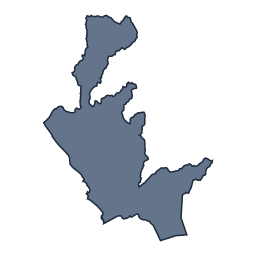 outline of Barranca, Lima, Peru
{"feature_id": "86281439B29685222960103", "entity_name": "Barranca", "entity_type": "district", "adm_level": 2, "iso_a3": "PER", "parent_name": "Peru", "parent_adm1": "Lima", "projection": "robinson", "projection_center": [-77.671, -10.626], "detail": "fine", "context": "isolated", "style": "filled", "palette": "slate", "viewbox_px": 256, "rotation_deg": 0, "n_neighbors": 0, "source": "geoboundaries", "source_scale": "gbopen_adm2", "svg_char_len": 5740}
<svg xmlns="http://www.w3.org/2000/svg" viewBox="0 0 256 256"><path d="M104.5,15.9L102.6,17.0L102.1,17.1L100.0,16.8L98.4,16.0L97.4,15.9L95.5,16.6L94.0,16.4L93.0,16.5L91.0,15.4L90.1,16.4L89.1,16.7L88.0,16.0L87.1,15.8L86.5,17.1L85.8,18.1L86.5,19.1L86.6,20.0L86.2,22.8L85.5,24.4L86.3,26.5L86.2,28.3L87.3,30.4L86.7,32.0L87.2,33.7L87.2,34.6L86.8,34.9L86.5,35.8L86.9,37.1L86.0,38.7L86.9,40.4L86.8,41.6L87.3,42.7L87.1,45.7L87.9,47.1L86.3,48.3L85.4,50.0L84.6,55.7L82.9,55.0L82.1,55.2L82.0,56.2L83.2,57.8L83.4,58.5L83.1,59.1L82.3,60.0L79.9,61.1L78.5,63.0L77.9,64.5L76.6,64.8L75.7,65.6L74.7,67.4L74.9,69.5L74.3,71.2L73.5,72.3L72.2,72.6L72.0,73.1L72.5,73.7L72.9,75.3L74.4,76.0L76.1,77.4L76.3,79.2L77.3,81.2L77.8,84.1L78.5,85.2L80.6,86.0L81.2,87.2L80.7,88.5L80.9,91.8L80.3,93.4L80.8,95.4L80.4,97.0L80.6,98.5L80.2,99.2L80.4,100.4L80.0,100.9L80.0,101.3L80.4,106.1L81.1,106.8L80.9,107.8L79.5,109.2L78.2,108.9L76.5,108.0L74.9,109.9L75.3,111.2L74.6,112.3L71.8,112.9L69.0,112.3L68.7,111.9L67.4,111.8L65.7,111.1L63.9,109.6L63.3,107.9L62.4,106.7L61.3,106.3L58.8,106.5L57.4,107.5L56.4,108.9L55.2,108.7L54.1,109.5L52.3,111.8L49.5,117.0L45.7,121.2L44.9,121.5L43.6,122.7L45.0,124.8L45.4,125.9L50.8,133.1L52.2,135.7L52.1,136.3L55.7,141.3L59.4,145.7L67.0,153.6L68.9,156.1L69.5,158.0L70.1,164.2L70.4,164.7L71.3,165.5L72.1,166.7L74.0,168.6L77.7,171.4L80.7,174.0L81.8,175.5L82.1,176.6L83.8,178.3L84.2,179.5L84.0,179.9L83.3,180.4L83.2,180.8L83.0,181.0L83.0,181.6L84.0,181.5L84.7,181.8L86.6,183.6L87.0,184.4L86.9,185.2L87.5,185.5L87.5,186.1L88.2,186.4L89.3,188.4L89.8,190.0L89.8,191.0L89.4,192.1L88.8,192.4L87.7,191.9L87.9,192.5L86.4,193.4L86.7,194.1L87.6,194.1L87.9,195.9L88.4,196.5L87.8,197.2L87.8,198.5L87.6,198.9L88.2,198.9L89.1,199.7L89.4,199.6L90.2,200.1L96.7,205.5L100.2,209.2L102.1,211.7L102.8,212.8L103.0,214.3L102.5,215.0L101.5,215.7L101.4,217.0L102.0,217.0L102.1,217.7L101.3,218.0L101.8,219.0L102.4,219.3L102.5,219.6L103.0,220.0L103.4,219.7L103.8,220.4L103.3,221.4L103.7,221.7L103.8,222.3L103.6,223.7L117.8,216.0L120.9,215.8L122.9,218.6L123.9,218.9L127.3,218.1L128.7,217.2L129.0,216.5L129.6,216.0L131.0,217.1L131.6,217.1L136.6,214.1L137.8,214.1L138.4,214.4L138.7,214.8L138.6,215.9L139.1,217.2L141.0,219.0L142.9,219.7L146.1,220.0L147.1,220.9L148.9,220.9L150.7,223.1L153.1,225.3L153.7,226.2L160.5,240.6L175.8,235.7L186.8,234.8L181.0,217.8L182.4,195.7L183.0,194.3L183.8,193.8L185.0,193.6L186.0,192.6L186.8,192.6L187.5,193.2L188.6,193.1L189.2,191.9L189.7,190.2L191.0,188.2L193.1,180.1L193.5,179.9L194.8,179.9L195.9,179.2L197.9,180.3L199.3,180.0L199.8,180.3L200.4,180.2L201.7,178.4L203.0,175.7L204.7,175.3L205.5,174.6L205.7,174.0L205.5,172.6L206.5,168.9L207.2,167.9L209.8,166.3L210.7,163.9L212.1,162.8L212.4,160.5L211.5,161.0L209.9,160.7L209.1,159.7L205.8,158.0L204.0,158.9L203.6,159.4L202.7,161.7L199.4,163.8L198.5,164.9L196.2,166.2L195.3,166.3L193.9,165.6L193.1,166.1L192.3,166.0L191.8,165.7L191.5,165.0L189.5,163.9L188.6,164.1L187.7,164.9L185.5,165.2L184.1,165.8L182.4,167.5L181.8,168.8L179.9,168.6L178.8,170.2L178.2,170.6L175.3,171.1L171.6,172.1L170.4,172.1L169.5,171.6L168.3,170.2L167.4,168.4L166.6,167.9L164.8,167.7L163.5,168.2L161.8,167.9L161.1,168.0L155.9,172.0L155.7,172.9L154.9,173.9L153.0,174.1L151.7,174.9L148.1,179.0L146.0,181.0L144.9,182.7L144.1,183.0L139.3,187.0L138.9,186.6L139.0,185.8L138.6,185.0L138.7,183.7L139.0,182.9L140.4,182.1L140.1,181.4L141.2,178.8L141.1,177.7L140.5,177.3L140.1,176.4L140.8,174.8L140.5,173.5L141.9,169.2L142.6,168.5L143.1,166.4L143.8,165.7L143.4,163.5L144.3,161.4L148.0,159.5L148.4,158.6L147.2,156.5L145.9,155.4L145.2,154.4L144.7,153.0L145.3,150.1L144.8,146.3L144.8,141.3L144.4,140.0L143.8,139.1L141.9,137.8L140.7,135.5L139.5,135.1L141.3,133.7L142.0,132.6L141.6,131.1L142.2,129.7L142.1,126.3L143.7,125.6L144.8,123.7L144.8,117.8L145.1,115.7L144.8,114.0L144.0,112.3L141.4,112.3L140.7,112.7L137.7,112.9L136.9,113.7L134.8,114.7L133.8,116.6L133.2,116.7L130.6,118.3L130.2,119.1L130.4,120.0L130.1,121.7L130.1,123.5L128.9,123.4L127.2,122.4L124.1,119.4L122.7,116.2L122.8,115.2L122.0,113.9L121.8,112.0L123.7,110.1L123.9,109.0L123.8,105.5L124.1,104.7L125.0,104.4L126.3,103.6L126.5,102.4L128.3,101.6L129.6,99.2L131.7,98.5L131.8,97.1L132.1,96.6L132.3,95.5L131.7,93.4L131.8,92.4L131.2,90.5L132.5,89.2L135.2,88.3L136.1,88.4L136.6,87.9L136.0,84.9L134.4,83.9L132.9,84.0L132.3,83.0L131.8,82.6L129.9,83.5L129.2,83.0L128.9,82.3L128.4,82.2L126.7,84.0L126.7,85.9L125.7,87.3L125.0,87.4L123.1,86.5L122.7,88.3L121.9,89.5L121.0,90.3L119.8,92.5L119.1,92.8L117.5,92.8L116.4,93.3L114.0,96.4L113.7,96.5L112.8,96.3L112.0,95.3L109.7,95.8L108.0,95.2L106.0,96.0L104.6,97.6L103.6,97.8L101.4,98.9L101.2,99.6L101.4,100.8L100.8,103.6L99.0,103.4L98.0,102.8L97.3,101.5L96.0,100.9L95.1,100.9L94.8,101.9L95.0,102.7L94.4,104.7L93.8,105.8L92.5,106.7L92.1,106.6L92.0,105.9L90.8,105.1L89.5,103.8L89.2,102.9L89.0,100.4L90.1,98.5L90.1,97.1L89.5,93.9L90.1,92.1L91.8,89.1L94.8,86.5L96.2,86.2L97.0,85.8L97.1,83.8L97.4,82.6L98.8,82.6L100.2,83.3L100.6,82.9L101.0,81.6L100.5,79.0L100.0,78.4L101.0,78.1L101.7,77.4L101.3,75.9L102.6,73.9L102.9,72.2L103.6,69.9L104.7,69.1L104.8,68.2L106.1,67.9L107.0,65.5L107.9,64.4L108.1,63.7L108.1,62.6L107.6,61.0L107.5,59.6L108.4,57.1L109.3,56.2L111.6,56.3L112.7,55.8L113.0,55.1L113.6,54.7L114.8,54.8L115.1,54.6L116.0,51.3L117.9,50.7L118.7,50.9L119.3,50.6L121.8,47.8L122.4,47.7L123.2,48.7L124.6,49.3L125.3,49.1L126.5,47.7L128.9,46.6L131.5,44.3L131.9,43.2L134.8,41.1L135.3,40.5L135.7,39.0L136.6,38.4L137.2,37.3L136.8,35.2L137.2,32.2L136.8,31.0L132.8,23.7L131.3,21.9L130.2,18.0L129.9,17.7L127.2,17.2L126.9,16.1L126.2,15.9L124.7,17.3L124.4,18.4L123.7,18.9L123.4,19.9L121.2,22.0L120.5,23.7L119.8,24.2L118.8,23.4L117.3,23.2L116.2,22.4L114.8,22.0L111.0,17.8L109.2,17.2L106.5,15.4L104.5,15.9Z" fill="#64748b" stroke="#1e293b" stroke-width="1.5"/></svg>